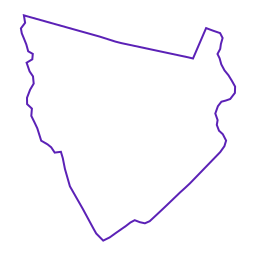 the district of Timbó, Santa Catarina, Brazil
{"feature_id": "56859067B25557808963142", "entity_name": "Timbó", "entity_type": "district", "adm_level": 2, "iso_a3": "BRA", "parent_name": "Brazil", "parent_adm1": "Santa Catarina", "projection": "albers", "projection_center": [-49.268, -26.814], "detail": "fine", "context": "isolated", "style": "outline", "palette": "violet", "viewbox_px": 256, "rotation_deg": 0, "n_neighbors": 0, "source": "geoboundaries", "source_scale": "gbopen_adm2", "svg_char_len": 1028}
<svg xmlns="http://www.w3.org/2000/svg" viewBox="0 0 256 256"><path d="M31.3,115.9L34.7,122.8L37.3,128.3L39.5,135.3L41.2,140.7L47.6,144.4L51.2,147.3L54.7,152.6L60.9,151.8L62.8,158.2L64.9,168.8L69.9,186.3L76.4,197.7L82.8,208.9L93.5,228.7L96.2,233.5L103.2,240.6L109.7,237.4L116.1,232.8L121.4,229.1L125.9,226.0L130.4,222.5L134.7,220.2L139.9,222.2L144.9,223.3L149.7,221.2L159.7,211.9L164.9,207.0L180.1,192.4L185.1,187.9L189.9,183.4L220.2,152.1L224.4,146.2L226.1,140.6L222.8,134.2L219.0,130.7L216.8,124.9L217.6,120.1L215.3,113.5L217.9,106.2L221.4,101.7L225.6,100.6L230.2,99.0L234.9,92.9L235.1,86.6L232.1,81.2L228.5,75.3L224.5,70.4L221.3,64.4L219.6,58.3L217.5,54.0L220.2,48.9L220.9,44.0L222.6,38.0L220.1,33.1L213.1,30.7L206.1,28.1L193.0,58.5L188.5,57.4L171.1,53.7L121.3,43.1L115.4,41.6L99.7,36.6L23.9,15.4L25.1,22.8L20.9,28.4L21.8,33.4L23.8,38.2L26.3,44.4L28.2,51.3L32.8,53.9L32.3,59.3L26.6,62.7L29.6,71.4L33.0,76.4L33.7,83.6L30.1,89.7L27.0,97.8L27.1,104.1L31.9,108.6L31.3,115.9Z" fill="none" stroke="#5b21b6" stroke-width="2"/></svg>